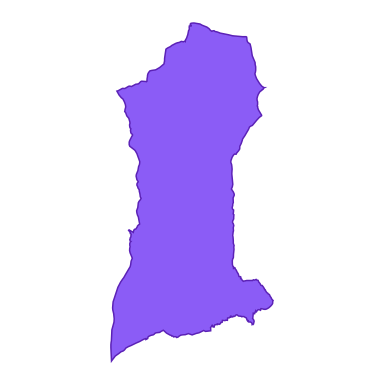 Kota Batu, Jawa Timur, Indonesia
{"feature_id": "22746128B69457994360094", "entity_name": "Kota Batu", "entity_type": "district", "adm_level": 2, "iso_a3": "IDN", "parent_name": "Indonesia", "parent_adm1": "Jawa Timur", "projection": "natural_earth1", "projection_center": [112.536, -7.834], "detail": "fine", "context": "isolated", "style": "filled", "palette": "violet", "viewbox_px": 384, "rotation_deg": 0, "n_neighbors": 0, "source": "geoboundaries", "source_scale": "gbopen_adm2", "svg_char_len": 5997}
<svg xmlns="http://www.w3.org/2000/svg" viewBox="0 0 384 384"><path d="M246.1,36.7L242.7,36.7L232.7,35.8L228.2,34.7L220.2,33.1L217.4,32.0L215.1,31.5L214.0,30.7L212.6,30.9L211.9,31.3L210.5,30.4L209.0,28.6L206.9,27.1L202.1,25.2L200.0,24.0L194.1,23.0L192.0,23.1L190.8,23.4L190.2,24.2L191.2,25.4L191.2,25.8L191.1,26.0L189.4,25.9L189.3,26.3L189.2,27.1L189.3,29.4L188.6,30.5L187.8,34.6L186.5,38.3L185.5,39.9L185.3,41.4L185.0,41.1L184.7,41.1L183.5,41.8L181.3,41.4L179.3,42.4L177.3,42.8L175.7,43.4L171.7,45.5L170.4,46.6L167.9,47.8L166.1,49.0L165.9,49.4L165.0,55.5L164.6,58.2L164.5,61.4L164.5,61.7L164.2,62.1L164.1,63.7L163.4,64.4L159.7,67.5L156.1,69.6L155.4,69.9L151.9,70.4L150.1,70.8L149.7,71.1L148.6,72.5L147.8,74.1L147.5,75.5L147.4,77.0L147.1,78.5L146.9,81.3L146.5,81.7L145.7,81.5L141.6,81.2L140.6,81.7L138.7,83.7L137.2,84.1L135.8,84.2L131.5,86.5L129.8,86.1L128.6,86.3L124.9,88.5L122.4,88.4L118.0,90.8L116.9,91.1L119.0,94.9L121.2,97.6L123.0,99.1L124.5,102.1L125.4,104.7L125.7,106.6L125.5,108.0L125.1,109.2L124.9,110.8L124.7,111.5L125.7,112.8L126.8,115.9L128.8,118.3L129.8,121.8L130.0,123.2L129.6,124.5L129.6,125.8L130.0,127.8L130.8,128.6L130.5,130.4L130.8,132.5L131.3,133.6L132.0,134.0L132.5,134.7L132.5,135.3L131.9,136.2L129.6,140.8L129.2,142.1L129.2,144.7L129.8,146.3L134.1,149.6L135.1,150.5L136.9,153.6L139.7,161.4L139.7,162.9L139.4,164.7L138.6,166.5L137.9,170.6L136.4,174.3L136.1,176.1L136.9,179.7L138.2,181.6L138.1,182.0L137.4,182.9L136.9,184.0L137.0,185.5L137.6,186.5L138.0,188.0L139.3,189.9L139.2,190.9L139.9,193.8L140.3,196.9L141.1,198.3L140.4,199.7L139.0,201.4L138.3,202.8L137.8,207.5L136.6,210.8L136.9,213.0L137.5,215.2L138.3,216.8L139.6,223.8L139.6,224.2L138.4,225.0L137.5,226.0L137.2,226.9L136.0,228.8L135.6,229.1L134.8,229.2L134.2,229.6L133.5,231.2L133.3,232.4L129.1,229.9L128.6,230.3L130.3,232.6L130.3,233.6L130.8,233.8L131.2,234.4L130.9,235.9L130.9,236.9L130.2,237.9L130.1,238.5L130.2,238.9L129.8,239.6L130.2,241.1L130.6,241.6L130.8,241.6L130.2,242.3L129.8,243.6L129.8,245.2L130.1,246.6L129.7,248.5L129.6,250.6L130.1,252.8L132.3,258.2L131.1,261.2L130.7,264.4L130.2,266.6L126.0,273.7L123.8,277.6L122.5,279.3L120.6,282.1L117.9,287.3L113.1,301.9L112.6,307.9L112.8,310.0L113.7,313.8L114.2,318.8L114.0,322.1L111.9,329.8L111.4,340.8L111.1,342.4L110.9,344.6L110.9,347.7L111.5,361.0L115.3,356.0L119.1,353.3L120.8,351.9L123.3,350.9L124.5,349.9L125.9,348.0L128.4,346.6L130.9,345.6L136.0,343.1L139.7,341.5L142.7,339.8L144.4,339.0L145.8,338.6L145.9,339.5L147.6,338.6L147.8,338.3L147.9,337.3L148.1,336.9L149.0,336.2L151.1,335.3L153.1,334.9L154.1,334.3L155.0,333.3L156.1,332.8L159.7,332.4L161.4,331.2L162.4,330.8L163.2,330.2L163.9,330.7L166.5,333.1L170.1,335.1L171.2,335.4L171.8,336.1L172.7,336.0L173.6,336.9L174.3,336.7L175.9,336.7L176.7,337.5L178.0,337.1L179.2,336.1L179.9,335.7L180.6,335.2L182.9,334.8L185.2,334.7L188.4,333.6L192.1,334.9L196.3,333.4L199.0,332.8L203.7,330.5L205.5,331.4L210.7,330.8L210.7,328.8L210.5,327.6L211.7,326.3L211.9,325.4L212.3,325.3L212.4,326.0L212.7,326.2L213.2,326.2L213.2,327.0L214.2,327.0L214.4,325.8L214.8,324.9L216.1,324.6L217.4,324.6L217.4,323.9L219.4,324.3L219.9,323.8L220.4,323.7L220.9,322.4L222.1,322.3L222.4,320.4L225.1,320.6L225.7,320.2L227.4,320.3L227.6,318.0L229.3,317.8L229.5,317.4L230.3,317.3L230.5,316.2L230.8,316.1L231.1,316.3L231.4,316.3L231.7,317.0L232.0,317.1L233.3,316.3L233.8,316.6L234.2,316.2L235.0,316.1L235.6,315.6L236.2,314.8L237.2,314.9L238.4,316.0L241.2,316.3L241.8,316.8L242.8,316.5L244.0,316.6L245.4,317.5L246.0,317.7L246.5,318.3L246.8,319.4L247.0,320.0L247.3,320.1L247.5,320.7L248.1,320.5L248.3,320.6L248.1,321.5L248.4,321.8L248.9,322.0L250.5,322.0L251.7,322.9L252.1,323.7L252.1,324.5L252.7,324.2L253.0,324.5L253.5,324.0L254.1,321.4L253.9,320.3L253.1,319.0L252.6,318.5L252.8,317.8L253.3,313.2L254.6,313.7L255.2,312.0L255.4,312.0L255.7,311.0L256.1,311.8L256.4,311.9L257.0,310.8L258.1,309.7L259.3,309.7L260.0,310.0L260.4,310.3L260.7,310.0L260.9,308.7L261.7,308.7L264.0,309.3L265.7,309.3L266.8,308.9L268.6,307.9L270.5,306.3L271.9,304.7L272.6,303.6L272.8,301.1L273.1,300.5L271.9,299.3L271.1,297.6L270.1,296.2L269.8,295.3L269.3,294.5L268.2,293.9L267.8,293.2L267.2,292.9L266.3,291.9L265.6,290.7L265.2,290.3L265.3,289.9L264.4,289.1L264.3,288.4L263.9,288.1L263.5,287.2L262.2,285.5L261.4,285.5L260.8,285.1L260.0,283.5L258.8,282.1L258.1,280.4L256.5,279.9L256.1,279.4L254.6,280.1L253.3,279.8L252.6,280.5L246.7,280.5L244.6,281.0L243.8,281.0L243.3,281.3L242.0,280.0L241.5,278.9L240.6,278.7L240.9,277.5L240.8,277.0L240.2,276.6L239.3,276.7L239.0,276.5L238.3,274.0L236.8,271.5L236.3,270.2L235.3,269.0L235.0,267.9L234.7,267.7L233.9,268.4L233.5,268.5L233.4,266.6L233.0,266.4L232.8,266.0L232.4,264.5L232.3,260.4L232.6,259.7L232.6,258.9L233.2,258.1L233.4,257.4L233.5,254.2L234.0,249.4L233.8,246.9L234.1,245.7L233.3,243.2L233.3,240.5L233.0,236.8L232.7,235.7L233.2,231.6L233.5,230.9L233.3,228.4L233.3,227.5L233.8,225.6L233.3,223.8L232.8,223.0L232.5,222.2L232.8,220.6L233.4,219.7L233.7,218.7L233.7,217.3L233.9,214.7L233.2,213.9L233.5,211.7L233.6,210.0L232.7,209.3L232.4,208.6L232.2,207.5L232.7,205.6L232.8,203.8L233.3,202.7L233.1,197.9L234.2,195.3L234.2,194.1L233.4,192.1L231.4,189.0L232.3,186.9L232.8,184.3L231.8,173.8L232.1,169.1L231.9,166.6L231.6,164.5L230.8,162.3L230.9,160.8L232.1,157.3L233.5,155.0L234.5,154.1L236.1,154.2L236.7,153.0L238.9,150.4L239.3,149.5L239.7,149.0L239.8,146.3L241.2,143.5L242.2,140.6L242.6,139.0L244.9,135.6L248.5,129.4L249.5,127.0L250.6,126.2L252.4,125.4L256.9,120.0L259.3,117.4L261.6,115.7L261.6,115.2L258.3,109.6L258.3,109.1L258.0,108.8L257.7,107.8L257.8,106.9L257.4,106.4L257.3,105.8L257.6,104.5L257.6,101.9L257.1,100.3L257.0,98.5L257.6,96.1L258.3,94.3L259.8,91.8L262.0,90.1L262.2,89.7L262.6,89.6L263.3,89.0L263.5,88.2L264.4,87.7L264.1,87.7L261.8,86.2L259.5,83.4L256.7,78.9L255.5,75.9L254.9,73.7L255.4,72.2L255.7,70.2L255.7,66.8L255.0,63.7L255.2,63.2L255.0,62.3L252.4,56.1L252.1,54.8L251.0,47.7L250.1,44.0L248.1,42.6L247.4,41.7L247.0,40.3L246.7,37.3L246.6,37.0L246.1,36.7Z" fill="#8b5cf6" stroke="#5b21b6" stroke-width="1.5"/></svg>